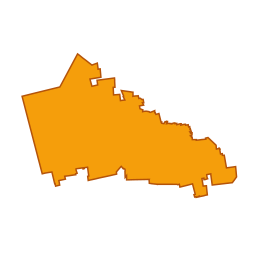 the district of José María Morelos, Quintana Roo, Mexico, rotated 76°
{"feature_id": "50627088B89953909022202", "entity_name": "José María Morelos", "entity_type": "district", "adm_level": 2, "iso_a3": "MEX", "parent_name": "Mexico", "parent_adm1": "Quintana Roo", "projection": "albers", "projection_center": [-88.782, 19.708], "detail": "fine", "context": "isolated", "style": "filled", "palette": "amber", "viewbox_px": 256, "rotation_deg": 76, "n_neighbors": 0, "source": "geoboundaries", "source_scale": "gbopen_adm2", "svg_char_len": 4344}
<svg xmlns="http://www.w3.org/2000/svg" viewBox="0 0 256 256"><g transform="rotate(76 128 128)"><path d="M71.6,223.1L94.0,222.9L133.1,222.5L135.4,222.5L141.3,222.4L143.1,222.4L151.7,222.3L151.7,219.3L152.0,215.4L152.3,212.5L164.4,212.6L164.4,212.2L166.9,212.3L166.9,208.1L164.3,207.9L162.3,207.8L162.5,201.1L159.5,201.1L160.0,197.0L160.2,194.9L160.5,191.7L160.7,190.0L159.7,189.9L159.6,188.3L156.0,188.6L155.4,188.3L155.0,188.2L155.5,183.8L155.5,183.7L155.7,181.6L156.9,181.5L156.8,180.3L155.9,180.3L156.3,176.7L161.4,177.3L165.1,177.7L165.1,178.8L169.3,179.3L169.3,177.2L169.4,175.4L169.5,171.8L169.5,169.9L169.5,168.0L169.6,164.9L169.7,162.6L169.9,155.8L169.9,154.3L169.9,153.7L170.0,150.2L167.8,149.9L167.7,149.8L167.6,149.6L163.9,144.4L163.6,143.8L166.4,142.5L166.1,142.1L167.3,140.9L167.8,141.0L168.8,141.1L169.2,141.4L175.2,142.7L173.8,140.9L178.0,141.9L178.8,138.4L179.4,135.6L183.0,119.9L183.1,120.0L186.8,120.7L187.6,118.8L187.7,118.4L187.8,118.4L188.8,115.7L189.6,113.4L189.8,113.3L189.8,113.2L189.9,112.9L189.8,112.7L189.9,112.4L194.5,94.1L195.1,93.4L195.0,91.8L197.9,91.9L197.9,90.9L197.9,84.3L197.8,78.9L208.6,78.8L208.6,79.8L208.6,80.1L211.1,80.0L211.1,78.7L211.8,78.7L211.9,76.2L211.4,76.3L211.3,75.1L211.9,75.0L212.1,70.9L212.0,69.3L212.1,67.2L208.4,66.7L203.0,65.9L202.5,69.1L194.9,68.5L195.0,66.5L196.5,66.8L196.7,65.5L196.5,63.0L195.8,63.2L194.1,63.2L193.9,63.2L193.0,63.0L192.3,62.9L192.3,62.5L192.5,58.8L193.0,58.9L203.7,60.1L206.3,40.0L204.2,37.4L203.7,36.8L201.7,34.5L191.5,32.9L191.2,35.9L190.5,42.1L177.7,41.2L177.4,43.0L175.7,42.7L175.6,44.5L171.0,44.2L171.0,43.9L170.3,43.9L169.5,44.4L169.5,44.7L169.9,45.2L169.8,47.3L166.0,46.7L156.6,52.7L156.6,53.5L156.6,55.2L157.7,55.2L157.4,57.1L157.3,57.9L157.1,59.0L156.9,60.9L156.4,64.7L155.8,64.5L155.3,66.5L154.8,68.4L153.8,68.2L152.5,68.0L152.4,68.6L151.4,68.4L150.7,69.4L150.4,69.4L150.6,67.9L149.9,67.5L148.2,67.0L148.2,67.3L148.5,67.4L148.7,67.6L148.9,67.7L148.6,67.9L148.4,68.2L148.3,68.3L148.1,68.6L147.9,68.6L147.5,68.7L147.2,68.7L146.9,68.8L147.0,68.6L147.0,68.4L147.0,68.0L147.0,67.8L147.0,67.5L145.6,67.6L145.3,67.6L145.1,67.7L144.7,67.7L144.1,67.7L144.2,68.1L143.9,68.0L143.4,68.0L142.6,67.9L141.6,67.8L141.6,68.2L141.6,68.6L141.6,68.9L140.5,68.9L139.4,68.8L139.3,70.1L139.2,71.4L138.3,71.3L138.2,71.5L138.1,71.8L138.1,72.0L138.1,72.4L138.1,72.9L138.0,73.1L138.0,73.4L138.0,73.5L138.0,74.0L138.0,74.5L138.0,75.0L138.0,75.4L138.0,75.6L138.0,75.8L138.0,76.0L137.8,75.9L137.6,75.8L137.1,75.6L136.8,75.5L136.7,75.4L136.6,75.6L136.6,76.0L136.5,76.3L136.6,79.8L135.3,79.6L135.2,81.4L134.4,81.3L134.2,83.2L134.6,83.5L134.5,84.9L134.5,85.1L134.0,85.2L133.8,86.6L133.3,87.1L133.2,89.3L133.1,89.2L133.0,89.4L132.6,89.1L132.1,89.4L131.8,89.3L132.0,88.6L131.2,88.1L130.8,89.0L131.2,89.3L131.0,89.8L130.9,90.1L130.8,90.5L131.7,91.4L132.5,92.1L131.9,93.4L131.5,94.2L130.3,93.8L130.2,94.4L130.2,94.5L128.9,94.5L127.8,94.5L127.4,94.5L126.2,94.5L125.5,94.5L124.7,94.5L124.0,94.5L123.3,94.5L121.4,94.5L121.4,94.9L121.5,95.2L121.5,95.8L121.5,96.2L121.6,96.9L121.6,97.6L119.5,97.9L119.5,98.4L117.6,97.9L117.7,98.4L117.9,99.7L118.1,101.2L118.2,102.7L117.8,103.4L117.3,103.5L117.1,103.8L117.0,104.1L116.8,104.6L116.2,105.9L115.9,107.3L115.7,108.8L115.7,109.8L113.9,109.2L113.6,109.8L112.7,111.0L112.2,111.7L111.8,111.7L109.3,111.5L109.4,110.2L109.6,107.3L106.9,107.9L107.2,106.6L106.7,106.6L105.7,106.5L104.1,106.4L103.9,106.4L103.6,107.8L102.5,108.5L102.1,108.9L102.0,109.3L102.0,109.7L102.0,110.0L102.0,110.3L101.7,110.3L101.1,110.3L100.8,110.3L100.6,110.3L100.4,110.3L100.2,110.3L99.9,110.3L99.7,110.3L99.2,110.3L99.2,110.5L99.2,110.8L99.1,111.0L99.1,111.3L99.0,111.5L98.9,112.1L98.7,113.2L98.7,113.5L98.5,114.5L98.5,114.9L98.4,115.1L98.4,115.5L98.2,115.4L97.9,115.3L97.3,115.2L96.5,115.0L96.1,114.9L95.7,114.8L95.0,114.7L94.5,114.5L94.0,115.7L93.5,116.9L93.3,117.3L93.0,118.0L90.4,124.5L90.0,125.4L91.0,125.3L96.0,124.5L96.3,125.1L99.6,124.4L100.1,124.3L99.7,127.4L99.6,128.7L93.4,127.9L93.3,128.6L92.4,134.0L86.8,132.9L85.0,132.5L85.3,130.8L79.7,129.7L78.1,129.3L76.2,129.0L74.4,144.8L74.2,146.5L78.9,147.0L78.8,152.9L71.3,153.1L72.2,142.0L63.9,140.7L63.7,142.8L63.3,142.7L57.6,142.1L58.2,147.8L55.4,150.0L52.4,152.3L48.7,155.3L45.6,157.6L43.9,159.0L67.9,180.7L68.8,181.5L71.7,184.2L71.6,212.3L71.6,216.1L71.6,223.1Z" fill="#f59e0b" stroke="#b45309" stroke-width="1.5"/></g></svg>